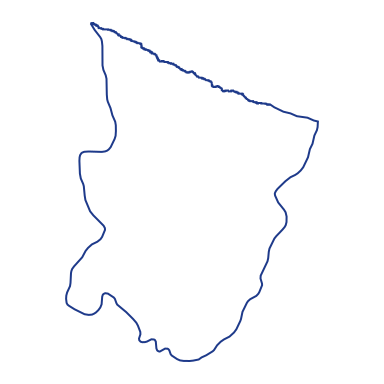 the district of Villa Vázquez, Monte Cristi, Dominican Republic
{"feature_id": "3306468B4250882356752", "entity_name": "Villa Vázquez", "entity_type": "district", "adm_level": 2, "iso_a3": "DOM", "parent_name": "Dominican Republic", "parent_adm1": "Monte Cristi", "projection": "albers", "projection_center": [-71.426, 19.801], "detail": "fine", "context": "isolated", "style": "outline", "palette": "blue", "viewbox_px": 384, "rotation_deg": 0, "n_neighbors": 0, "source": "geoboundaries", "source_scale": "gbopen_adm2", "svg_char_len": 5747}
<svg xmlns="http://www.w3.org/2000/svg" viewBox="0 0 384 384"><path d="M198.7,359.5L201.6,357.4L206.2,355.3L212.7,351.3L214.0,350.1L217.1,345.3L220.7,341.7L224.0,339.4L229.5,336.6L234.0,332.5L236.4,329.2L240.3,321.0L241.0,319.0L242.5,311.8L246.9,302.8L248.0,301.2L250.2,299.2L256.3,295.9L258.3,293.8L259.3,292.1L262.1,285.2L262.0,283.5L260.5,278.5L260.7,275.6L267.5,261.3L268.2,258.2L268.8,251.7L269.5,248.5L274.4,238.5L276.4,236.0L282.5,229.6L284.6,227.1L285.7,225.2L286.5,222.1L286.6,216.6L285.6,212.3L284.0,209.7L278.2,202.5L275.1,195.6L274.8,193.8L275.0,192.9L275.8,191.2L277.6,188.8L285.4,181.2L290.5,177.2L295.1,175.0L297.7,173.3L300.7,170.5L303.2,167.3L308.0,157.3L309.9,149.1L312.5,143.8L314.4,135.5L316.9,130.2L317.6,127.1L317.9,121.5L313.8,120.5L307.5,117.7L296.9,116.2L290.5,113.4L283.4,111.7L274.3,107.3L269.9,104.3L269.3,104.3L269.3,104.8L267.6,104.8L267.6,104.3L266.8,104.4L266.6,103.9L265.5,103.9L265.5,103.5L261.3,103.5L261.3,103.0L258.0,103.0L258.0,103.5L257.1,103.5L257.0,103.0L256.7,103.0L256.7,102.5L255.9,102.6L256.0,102.1L253.8,102.1L253.6,101.7L252.9,101.7L252.9,101.1L250.0,101.2L249.9,100.8L249.1,100.8L249.1,100.3L248.3,100.3L248.2,99.9L247.9,99.9L247.4,99.1L246.6,99.0L246.2,98.1L245.8,98.1L245.8,97.7L245.4,97.7L244.9,96.8L244.5,96.8L244.0,95.9L243.7,95.9L243.6,95.4L242.8,95.0L242.9,94.4L242.4,94.5L242.4,94.1L242.0,94.1L242.1,93.6L238.6,93.7L238.6,93.2L238.2,93.2L238.2,92.8L237.4,92.8L237.4,92.3L236.1,92.3L236.2,91.8L234.9,91.9L234.7,91.4L233.6,91.4L233.2,90.5L231.5,90.5L231.5,90.9L231.1,90.9L231.1,91.4L228.6,91.4L228.2,90.5L225.6,90.5L225.6,91.0L224.4,90.9L224.4,91.4L223.5,91.4L223.5,90.9L222.7,91.0L222.2,90.1L221.8,90.1L221.8,88.7L221.4,88.7L220.9,87.9L220.2,87.9L219.7,87.0L218.9,87.0L218.9,86.5L217.6,86.5L217.6,86.0L217.3,86.0L217.2,86.5L215.6,86.5L215.6,87.0L213.5,87.0L213.3,86.5L212.6,86.5L212.5,86.1L212.2,86.1L212.2,85.1L211.8,85.2L211.7,82.5L211.4,82.5L210.9,81.6L210.5,81.6L210.5,81.2L209.3,81.2L209.1,80.7L208.4,80.7L208.4,80.2L206.0,80.2L205.4,79.4L204.6,79.4L204.6,78.9L203.4,78.9L203.4,78.5L202.5,78.5L202.7,78.1L201.7,78.0L201.7,77.7L198.8,77.6L198.4,76.7L197.5,76.7L197.5,76.3L196.7,76.3L196.3,75.4L195.4,74.9L195.3,74.0L195.0,74.0L195.0,73.6L194.6,73.6L194.6,73.1L193.7,73.2L193.3,72.2L192.9,72.2L192.8,71.8L192.0,71.8L192.0,71.3L191.6,71.3L191.6,71.8L189.9,71.8L189.9,72.2L188.7,72.2L188.7,72.7L187.4,72.7L187.4,72.2L186.1,72.3L185.7,71.4L184.9,71.4L184.9,70.9L184.1,70.9L183.8,70.5L182.8,70.5L182.8,70.0L182.0,70.0L182.0,69.6L181.1,69.6L181.2,69.0L180.3,69.1L180.2,68.7L179.5,68.2L179.4,67.8L179.0,67.8L179.0,67.4L178.2,67.3L178.2,66.9L176.9,66.9L176.9,66.4L176.5,66.4L176.1,65.5L175.7,65.5L175.7,65.1L174.9,65.1L174.6,64.7L173.6,64.7L173.5,64.2L173.2,64.2L173.2,63.7L171.1,63.8L171.1,63.2L169.4,63.3L169.4,62.9L168.1,62.8L168.1,62.4L167.7,62.4L167.7,62.0L164.4,62.0L164.3,61.6L163.1,61.5L163.2,61.0L161.8,61.0L161.8,61.5L159.7,61.5L159.3,60.6L158.9,60.6L159.0,60.2L158.1,60.2L158.1,58.9L157.6,58.9L157.6,58.0L157.2,58.0L157.2,57.1L156.8,57.1L156.7,56.2L156.4,56.2L156.4,55.3L156.0,55.3L155.5,54.4L154.7,54.4L154.7,53.9L153.9,53.9L153.7,53.5L152.2,53.5L152.2,53.0L151.8,53.1L151.8,52.6L151.3,52.6L151.4,52.1L150.5,52.2L150.6,51.7L150.1,51.7L150.1,51.3L149.7,51.3L149.6,50.7L148.8,50.8L148.8,50.4L148.0,50.4L148.0,50.0L147.6,49.9L145.9,49.9L145.9,49.4L144.6,49.5L144.6,49.0L144.2,49.0L144.2,48.6L143.4,48.6L143.5,48.2L142.5,48.1L142.5,47.8L141.7,47.7L141.6,47.2L141.3,47.2L141.3,46.4L141.7,46.4L141.6,45.5L141.3,45.5L141.3,44.1L140.9,44.1L140.9,43.7L140.0,43.7L140.0,43.3L139.4,43.2L137.5,43.2L137.5,42.8L136.7,42.8L136.6,42.3L135.8,42.3L135.8,41.9L134.6,41.9L134.6,41.4L131.6,41.0L131.6,40.6L131.2,40.6L131.2,40.1L130.8,40.1L130.8,39.7L129.5,39.7L129.5,39.1L127.4,39.2L127.4,38.8L126.6,38.8L126.4,38.3L125.3,38.3L125.3,37.9L122.8,37.9L122.8,37.5L122.0,37.4L122.0,37.0L121.1,37.0L121.1,36.5L120.7,36.5L120.3,35.6L119.0,35.6L118.9,35.2L118.6,35.2L118.7,34.6L118.2,34.7L118.2,34.3L117.8,34.3L117.3,33.5L116.5,33.4L116.1,32.5L115.7,32.5L115.7,32.1L114.8,32.1L114.8,31.8L114.0,31.6L114.0,31.2L112.7,31.2L112.8,30.8L111.5,30.7L111.5,30.3L110.6,30.3L110.6,29.8L108.1,29.8L108.1,29.4L103.1,29.4L103.1,28.9L101.8,28.9L101.8,28.6L101.0,28.5L101.0,28.1L98.9,28.1L98.8,27.6L98.5,27.6L98.5,26.7L97.6,26.3L97.7,25.8L96.8,25.8L96.9,25.3L96.0,25.3L96.0,24.9L95.5,24.9L95.5,24.5L94.3,24.5L94.3,24.0L93.4,24.0L93.4,23.6L93.0,23.6L93.1,23.0L91.3,23.1L91.0,24.0L94.7,30.0L100.2,37.1L101.3,39.0L101.9,41.3L102.4,46.0L102.5,65.4L103.4,69.9L105.7,75.3L106.5,78.8L106.8,94.6L107.2,99.4L107.8,101.7L110.5,108.1L112.4,115.3L115.2,121.7L115.8,125.2L115.9,131.1L115.6,135.8L114.6,139.0L110.7,147.1L108.8,149.4L107.2,150.6L105.2,151.4L101.8,151.9L88.6,151.5L84.2,151.8L82.2,152.6L81.3,153.3L80.1,155.2L79.6,157.3L79.4,160.9L79.9,173.6L80.8,178.5L83.2,184.0L83.8,186.2L84.7,195.6L85.4,200.0L90.1,211.3L93.3,215.3L103.6,225.7L104.9,228.1L105.0,229.9L102.1,236.9L100.5,239.2L97.4,241.7L91.9,244.4L88.1,247.8L85.6,250.9L82.2,257.3L74.1,266.3L72.2,268.9L71.4,271.0L71.0,273.1L70.5,283.0L70.0,286.2L67.1,292.5L66.3,295.6L66.1,298.8L66.6,302.9L67.5,304.6L69.0,305.8L74.6,309.3L84.5,314.2L88.7,314.9L92.0,314.6L94.0,313.7L95.9,312.5L98.3,310.2L100.3,307.5L101.6,304.3L102.2,296.7L102.8,294.8L103.5,294.0L105.2,293.2L107.9,293.6L113.8,297.5L114.9,298.9L116.4,303.1L117.2,304.6L126.2,312.1L133.1,319.0L136.3,322.7L137.9,325.6L140.3,331.9L140.4,334.3L139.0,338.6L139.3,340.3L140.6,341.7L142.3,342.2L145.0,342.1L146.9,341.6L151.4,339.3L154.0,339.5L154.8,339.9L155.8,341.6L156.4,348.4L157.1,350.2L157.6,350.8L159.1,351.5L159.9,351.5L165.1,348.6L167.5,348.7L168.3,349.1L169.3,350.3L170.6,354.1L171.7,355.5L177.1,359.1L180.0,360.4L183.5,360.9L189.6,361.0L193.2,360.6L198.7,359.5Z" fill="none" stroke="#1e3a8a" stroke-width="2"/></svg>